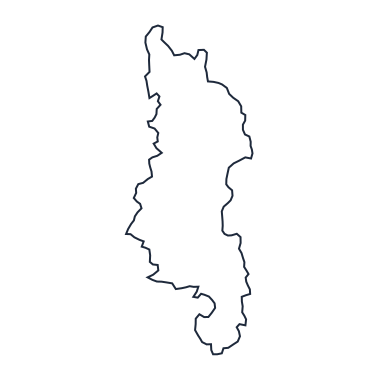 outline of Itaú de Minas, Minas Gerais, Brazil, rotated 198°
{"feature_id": "56859067B38132611717867", "entity_name": "Itaú de Minas", "entity_type": "district", "adm_level": 2, "iso_a3": "BRA", "parent_name": "Brazil", "parent_adm1": "Minas Gerais", "projection": "robinson", "projection_center": [-46.774, -20.734], "detail": "fine", "context": "isolated", "style": "outline", "palette": "slate", "viewbox_px": 384, "rotation_deg": 198, "n_neighbors": 0, "source": "geoboundaries", "source_scale": "gbopen_adm2", "svg_char_len": 2495}
<svg xmlns="http://www.w3.org/2000/svg" viewBox="0 0 384 384"><g transform="rotate(198 192 192)"><path d="M106.9,117.3L110.0,120.4L112.7,123.5L114.5,127.2L112.9,131.4L115.9,134.1L119.3,136.9L120.5,141.5L123.1,145.0L126.0,149.2L129.8,152.6L130.0,158.5L131.9,164.1L136.5,166.1L141.0,163.0L144.4,161.7L148.1,162.2L151.2,164.6L152.3,169.2L153.8,173.4L155.9,178.5L157.7,182.8L157.3,187.9L154.5,192.5L152.7,196.0L152.3,200.9L154.4,206.0L158.8,207.8L161.8,209.9L163.3,215.0L163.9,220.5L164.5,226.5L161.2,232.1L156.9,236.3L152.0,241.4L146.2,242.1L146.4,247.4L148.2,250.9L150.5,253.9L151.7,257.9L154.6,262.5L159.4,263.1L162.8,266.9L164.4,271.8L163.5,276.3L165.1,281.7L169.6,282.7L171.7,288.7L176.1,292.6L182.0,294.4L187.0,296.8L191.0,301.7L196.7,303.6L200.5,303.9L205.5,303.4L211.0,302.1L213.1,306.0L215.0,310.2L218.3,315.1L219.2,322.5L220.9,329.1L224.6,330.9L229.7,329.0L229.3,323.9L230.8,319.3L237.1,322.1L242.0,321.7L245.9,318.8L251.2,316.5L254.8,320.1L259.8,323.5L264.6,325.8L268.2,327.6L269.3,334.6L270.8,339.7L275.8,339.8L280.4,336.3L281.9,330.9L284.0,325.6L282.5,319.7L278.9,313.8L275.1,309.6L273.7,304.3L272.0,299.7L269.5,293.1L272.4,287.4L269.6,283.6L267.4,279.2L264.4,273.8L261.5,268.2L258.9,271.3L256.1,274.8L252.5,272.8L252.5,267.8L248.9,265.2L251.2,260.1L249.9,255.1L250.5,251.2L251.8,247.3L255.8,245.4L252.9,240.9L247.2,240.8L242.3,237.7L241.9,233.2L240.2,229.5L243.4,226.2L239.4,222.7L232.9,219.9L236.2,215.7L240.4,212.7L242.8,209.5L241.4,205.8L239.4,202.6L236.8,198.9L234.8,194.3L238.1,190.6L241.3,185.6L245.5,182.9L246.4,177.8L244.8,173.9L245.5,168.3L241.5,165.9L237.7,164.7L235.0,160.9L237.5,155.8L238.8,151.2L238.5,147.0L240.0,142.9L241.3,137.1L241.7,131.7L237.4,132.9L232.8,131.1L227.3,130.3L222.7,130.1L222.9,124.5L219.0,124.6L214.8,124.1L212.2,118.8L210.5,112.5L206.8,111.0L202.1,112.0L199.8,107.0L203.4,101.3L207.8,97.1L202.5,96.2L197.7,96.0L193.3,97.3L188.5,98.1L182.6,99.0L177.4,94.7L172.1,97.3L168.3,99.5L165.1,101.7L161.1,102.3L156.7,103.9L156.7,98.7L158.3,92.7L153.9,93.3L151.9,98.0L148.5,98.1L143.6,97.8L139.5,95.5L136.1,93.1L134.2,88.9L135.9,83.2L137.8,78.2L141.8,76.8L147.2,78.0L149.3,72.7L147.7,67.5L146.4,61.6L141.8,57.4L138.7,54.9L136.0,52.4L131.0,51.6L126.9,53.1L124.8,47.6L121.8,44.2L118.0,45.4L113.8,47.8L113.8,53.1L109.4,55.0L105.4,60.1L102.3,63.9L101.8,69.6L104.4,74.1L107.7,77.2L106.0,81.0L100.0,81.7L101.2,87.6L104.0,90.5L107.1,93.1L108.5,99.0L110.7,103.2L112.3,107.7L108.8,110.5L105.2,113.0L106.9,117.3Z" fill="none" stroke="#1e293b" stroke-width="2"/></g></svg>